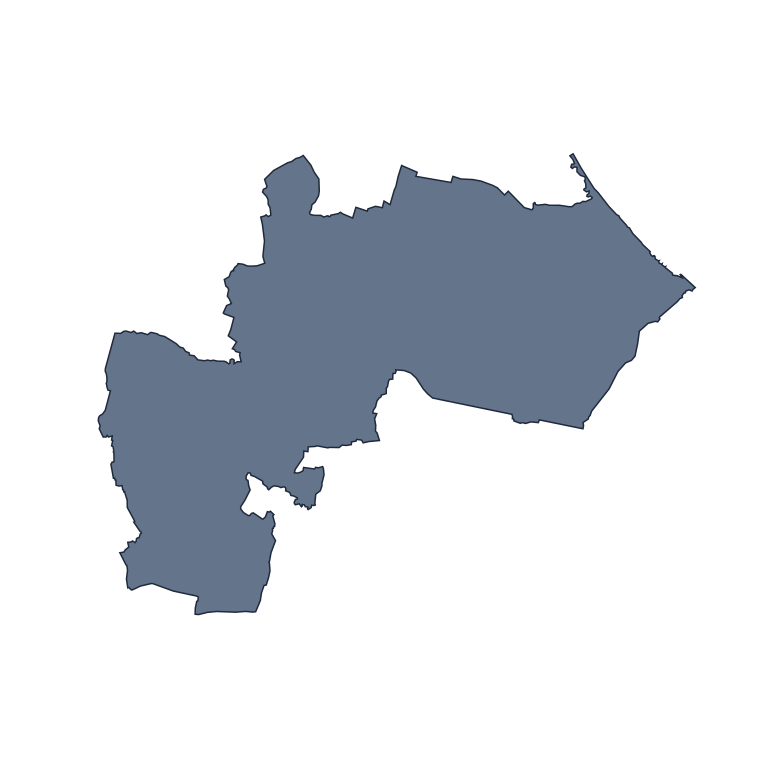 outline of Mueang Phetchaburi, Phetchaburi, Thailand, rotated 286°
{"feature_id": "78962969B35998281204361", "entity_name": "Mueang Phetchaburi", "entity_type": "district", "adm_level": 2, "iso_a3": "THA", "parent_name": "Thailand", "parent_adm1": "Phetchaburi", "projection": "albers", "projection_center": [99.958, 13.071], "detail": "fine", "context": "isolated", "style": "filled", "palette": "slate", "viewbox_px": 768, "rotation_deg": 286, "n_neighbors": 0, "source": "geoboundaries", "source_scale": "gbopen_adm2", "svg_char_len": 6171}
<svg xmlns="http://www.w3.org/2000/svg" viewBox="0 0 768 768"><g transform="rotate(286 384 384)"><path d="M255.6,128.7L256.5,131.5L258.3,132.0L257.1,133.7L259.1,137.1L255.0,137.6L255.0,138.8L249.4,139.2L249.2,140.7L245.9,142.4L243.8,142.7L243.6,143.3L236.0,145.6L234.7,145.7L234.0,144.2L231.6,143.6L218.8,149.9L219.3,151.0L217.6,151.9L217.7,152.7L212.8,154.4L212.9,157.5L214.1,160.2L210.3,162.0L210.1,163.0L208.5,163.8L208.9,164.3L201.4,169.2L194.5,171.3L183.7,181.9L183.1,182.3L182.3,181.5L175.2,190.0L174.8,191.2L173.6,191.9L172.9,191.1L168.5,190.8L168.1,189.4L167.0,188.7L164.6,189.1L162.9,188.4L163.8,185.6L162.1,183.8L161.2,181.3L156.9,183.6L153.3,181.0L150.7,180.3L149.0,176.6L139.0,185.9L138.7,186.8L134.3,188.8L125.5,190.2L117.4,193.9L118.0,195.0L116.4,197.8L116.9,199.1L122.6,205.5L128.0,215.2L128.4,216.8L126.9,238.5L128.5,262.4L128.1,264.1L127.4,264.4L124.2,264.8L123.5,263.9L116.5,264.4L110.6,265.9L111.3,269.4L115.9,277.4L119.2,285.8L123.8,304.4L127.2,313.5L128.6,320.7L129.7,323.4L141.7,324.8L149.4,323.8L157.3,324.2L158.3,326.2L166.0,326.4L173.0,325.9L180.6,323.1L181.2,322.4L182.2,322.8L190.6,321.9L203.6,322.9L208.9,317.4L212.0,317.4L214.5,316.6L214.8,317.4L216.6,317.3L216.9,318.1L219.5,317.7L226.5,313.5L228.1,314.2L230.4,309.9L229.2,308.8L229.2,307.1L223.4,306.6L220.5,304.7L224.1,293.9L223.1,292.3L220.3,291.0L220.2,289.6L221.6,284.6L224.1,281.0L226.3,280.0L234.3,282.4L245.2,284.5L249.1,281.9L253.8,279.8L254.2,278.0L255.6,277.3L257.5,276.9L261.3,277.9L261.4,280.2L259.5,281.4L259.4,285.0L257.4,293.3L256.8,294.3L254.7,295.1L252.8,300.0L251.0,301.3L250.6,302.4L254.0,304.4L255.9,306.6L256.4,311.1L256.0,313.4L257.6,316.1L257.4,317.5L256.5,318.4L254.2,318.9L253.8,323.2L251.2,325.2L251.5,327.7L250.7,332.1L249.5,332.5L248.6,330.7L245.5,330.3L244.1,331.0L243.5,332.2L245.5,335.5L243.2,338.5L243.9,339.0L245.6,338.5L245.9,340.8L244.3,342.2L244.8,344.6L242.7,345.0L242.4,345.7L245.0,348.0L247.6,347.9L247.8,349.9L248.7,351.3L250.3,350.4L258.6,348.9L259.8,349.1L263.8,352.2L268.9,352.4L271.6,351.7L280.1,351.4L286.0,349.1L287.7,347.8L285.4,344.1L285.0,341.1L283.6,341.0L283.1,340.2L281.6,329.7L278.4,330.1L276.5,328.4L274.6,325.7L274.0,322.3L277.4,322.2L291.5,326.8L297.4,325.4L298.0,329.5L302.7,328.5L305.1,335.3L306.1,336.6L307.1,347.4L308.2,349.6L310.5,358.3L313.8,360.7L314.5,364.6L316.7,369.3L319.5,368.8L321.3,372.8L323.2,373.0L323.9,377.9L321.7,380.2L324.6,385.5L328.4,395.2L335.0,390.9L336.3,388.8L341.9,387.5L347.9,384.6L353.5,385.2L353.0,381.3L355.5,380.9L359.6,382.2L365.5,381.9L368.7,383.0L371.0,384.7L372.5,384.4L375.4,388.8L380.6,387.4L382.4,388.1L387.3,387.6L389.8,387.9L391.1,391.0L396.6,389.7L397.3,391.8L399.5,392.1L400.8,391.4L402.5,399.6L401.9,406.8L398.6,413.3L389.8,423.5L386.6,428.6L383.9,434.7L390.1,515.3L388.0,516.6L386.0,516.9L385.9,518.5L384.3,519.1L383.8,525.8L385.0,527.6L385.1,531.0L388.1,535.7L389.4,543.0L392.3,543.2L395.8,587.6L399.0,587.3L401.9,586.0L406.6,590.0L409.0,589.9L410.5,590.8L415.2,591.1L441.3,601.7L460.4,605.4L470.9,610.4L474.9,615.3L479.9,617.6L492.6,616.7L505.2,614.9L515.1,621.1L518.9,627.3L519.2,630.0L522.6,631.3L523.7,630.3L524.5,630.5L543.9,643.2L547.5,644.8L549.4,647.0L551.1,646.2L553.8,647.1L554.8,648.6L556.3,648.3L558.6,651.2L558.3,654.5L560.2,655.0L562.5,656.6L571.2,639.2L570.8,638.6L568.3,641.3L568.9,636.2L568.2,631.5L570.0,630.6L573.2,622.8L573.8,622.1L574.5,622.3L574.0,621.5L574.9,619.0L575.3,618.2L576.3,618.2L575.6,617.6L576.2,615.0L577.5,614.3L578.4,614.5L578.0,613.9L578.9,610.5L581.8,608.7L581.7,607.3L581.4,608.4L580.8,607.0L581.4,605.3L583.7,603.1L584.6,603.4L589.4,594.1L591.2,592.1L597.1,581.8L601.7,576.9L602.0,574.7L603.5,573.2L608.4,565.2L610.4,563.4L610.9,560.9L616.6,551.3L626.9,537.2L629.9,532.0L645.7,514.2L657.4,502.3L654.6,499.8L651.9,503.7L648.5,506.3L647.8,506.0L647.0,503.9L644.0,503.8L643.1,505.7L645.2,507.1L645.4,509.8L641.2,511.0L638.7,515.3L638.5,519.9L636.6,521.1L634.5,520.7L632.3,522.6L628.3,524.0L626.4,522.5L625.7,522.5L624.5,525.6L626.0,528.0L623.5,528.5L621.9,527.1L620.3,527.3L620.1,528.7L621.5,530.7L620.5,532.8L619.3,532.5L614.9,527.6L614.4,524.9L611.8,522.5L611.0,519.8L609.5,517.9L606.4,516.0L605.5,513.5L604.2,503.6L601.4,493.7L601.2,489.6L598.3,482.5L598.3,480.0L599.7,479.4L599.9,478.7L598.5,477.8L594.3,479.0L592.2,478.2L592.2,470.2L603.6,450.3L598.9,447.8L603.9,438.8L604.9,433.6L605.8,421.3L605.0,412.9L602.3,401.6L602.6,393.0L596.2,392.9L592.4,357.4L596.7,357.5L598.9,340.7L587.4,340.4L577.0,341.0L573.2,340.4L558.1,340.4L559.9,333.6L553.0,333.8L552.5,326.9L547.9,320.3L545.6,320.3L546.1,308.3L534.9,308.1L536.2,297.2L537.1,294.8L535.1,293.0L531.6,286.3L530.3,286.1L529.7,284.7L530.3,283.7L527.9,280.0L528.7,276.8L527.0,270.8L526.6,267.0L527.1,265.9L528.5,265.2L532.0,265.9L536.3,265.3L540.1,267.7L547.0,269.2L551.6,268.6L563.1,264.9L568.3,258.6L574.2,253.4L581.4,243.4L578.6,240.7L576.5,237.2L572.3,233.8L570.1,230.4L558.9,219.1L547.8,212.8L541.5,217.1L539.8,216.6L537.9,214.4L535.0,214.4L531.9,219.4L529.3,221.8L524.9,223.1L522.0,225.9L515.2,228.7L513.0,226.6L514.1,224.0L512.7,223.0L510.5,219.5L504.2,223.0L488.5,229.7L473.3,232.4L467.2,236.1L462.5,229.3L460.5,223.2L459.8,220.2L460.3,215.4L459.5,210.5L457.8,210.3L455.3,208.6L452.7,207.8L451.3,208.2L451.3,207.1L449.4,205.9L444.5,205.6L440.4,201.7L434.5,205.0L433.6,207.2L431.8,208.7L425.3,209.2L423.2,211.8L419.3,215.1L416.0,211.1L408.0,209.9L407.4,211.0L406.6,221.4L394.3,221.7L387.4,221.0L383.8,230.7L376.1,228.5L375.9,230.7L374.4,232.5L374.4,237.1L372.1,237.2L366.0,240.5L365.0,236.8L362.2,234.2L365.6,233.4L366.2,232.3L366.1,230.9L364.8,229.5L361.4,230.1L360.6,229.2L361.8,226.0L361.8,223.9L360.1,217.8L359.8,213.2L358.7,211.4L358.3,207.6L356.9,205.1L355.9,198.5L358.8,193.7L358.2,189.1L360.3,188.0L360.6,184.4L363.2,181.1L363.2,177.5L365.5,173.1L369.2,160.1L368.9,154.6L369.7,152.1L369.5,146.5L369.1,145.3L366.3,143.2L366.4,136.5L364.4,132.5L365.9,128.9L363.8,126.7L363.8,121.4L362.8,119.2L360.1,117.0L358.7,111.4L322.1,111.9L319.4,112.5L317.4,114.2L313.5,116.0L309.9,117.0L308.2,116.8L304.3,118.8L302.1,120.3L302.0,122.9L281.9,123.3L277.7,121.8L275.1,119.5L273.1,118.9L269.8,119.5L265.5,122.7L262.5,122.6L255.6,128.7Z" fill="#64748b" stroke="#1e293b" stroke-width="1.5"/></g></svg>